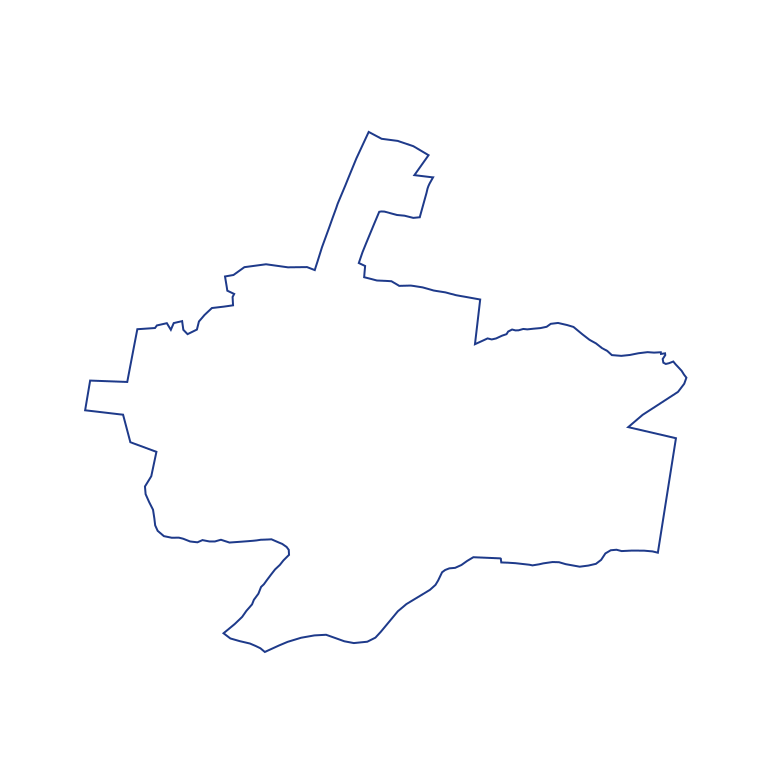 the district of Metapa, Chiapas, Mexico, rotated 80°
{"feature_id": "50627088B53896362948042", "entity_name": "Metapa", "entity_type": "district", "adm_level": 2, "iso_a3": "MEX", "parent_name": "Mexico", "parent_adm1": "Chiapas", "projection": "robinson", "projection_center": [-92.205, 14.822], "detail": "fine", "context": "isolated", "style": "outline", "palette": "blue", "viewbox_px": 768, "rotation_deg": 80, "n_neighbors": 0, "source": "geoboundaries", "source_scale": "gbopen_adm2", "svg_char_len": 3481}
<svg xmlns="http://www.w3.org/2000/svg" viewBox="0 0 768 768"><g transform="rotate(80 384 384)"><path d="M250.5,521.9L260.3,522.0L264.9,522.1L269.3,515.9L272.0,518.0L280.3,519.0L280.0,528.2L279.3,540.3L284.8,548.7L290.3,555.4L297.9,558.8L300.8,568.8L295.8,572.2L287.0,571.9L287.5,580.5L293.6,584.5L286.4,587.3L286.9,597.5L289.1,599.8L287.6,613.9L287.2,617.4L305.0,624.2L337.4,636.5L329.6,672.8L358.0,682.9L360.4,674.8L367.9,649.8L368.9,646.3L397.3,643.9L411.3,619.9L434.4,629.2L440.4,634.5L443.4,637.2L451.1,637.9L459.5,635.8L467.7,633.3L476.4,633.5L483.5,633.9L489.3,632.4L495.6,627.2L498.6,619.6L499.3,615.1L499.7,612.7L501.2,609.3L501.6,608.5L505.4,602.3L506.1,600.0L507.5,595.2L506.2,589.8L506.4,589.4L508.2,584.7L508.8,583.1L509.2,580.8L509.7,577.8L509.2,573.1L509.1,571.6L513.3,563.7L514.5,552.1L515.2,545.0L515.7,539.6L515.9,536.7L516.0,532.4L516.4,529.6L517.1,524.4L517.4,521.8L518.4,520.3L522.1,514.7L523.8,512.0L527.7,508.1L528.2,507.9L530.8,506.6L535.8,507.2L536.3,508.0L540.2,513.6L544.1,518.0L547.7,523.5L552.4,528.7L556.8,533.4L560.4,537.1L562.5,540.3L568.7,544.1L573.9,549.6L578.1,552.2L583.5,558.9L588.7,564.1L593.4,571.1L594.4,572.6L601.6,585.3L607.9,579.5L612.1,570.9L616.3,561.1L619.7,555.9L622.8,551.6L627.2,547.9L623.3,532.9L621.2,523.7L619.5,509.7L619.5,496.2L620.9,484.6L626.1,475.4L630.5,467.7L633.9,458.7L634.9,445.2L632.3,436.5L627.5,430.2L610.2,409.8L604.6,400.1L594.7,374.5L590.8,368.2L586.9,364.8L579.5,359.5L577.8,356.1L576.9,351.7L577.4,345.9L575.7,339.2L572.7,332.9L570.1,326.1L575.9,299.8L576.3,299.3L580.1,299.5L581.5,293.0L583.3,285.6L587.3,272.0L588.4,269.3L588.5,262.5L588.3,258.3L588.5,251.8L588.6,248.9L589.9,242.6L593.0,236.3L597.9,223.0L598.3,214.3L597.9,206.5L594.9,200.7L589.3,195.4L587.1,189.6L587.6,183.8L589.8,179.0L591.1,168.8L593.3,156.8L595.5,148.6L597.7,143.6L488.1,105.9L468.9,151.0L459.3,134.7L442.8,95.8L435.9,88.3L430.3,85.1L426.9,86.9L422.7,88.6L415.3,93.4L412.1,95.2L413.0,99.7L413.2,103.0L411.5,105.2L407.8,105.2L404.4,102.0L402.6,101.9L402.5,106.0L400.8,105.9L400.0,112.6L398.4,118.9L397.9,128.1L398.1,136.9L397.5,145.4L395.1,154.6L390.2,158.4L386.6,163.0L380.8,168.2L377.6,172.2L376.1,174.0L369.5,180.0L362.1,186.3L360.7,187.5L357.7,193.5L357.2,194.7L354.1,202.0L353.7,209.3L355.9,213.9L356.1,220.2L355.5,227.2L355.1,233.3L354.0,237.2L354.0,237.6L354.5,242.4L354.0,245.3L352.6,248.4L353.9,252.6L356.2,254.7L356.9,259.3L358.6,265.7L358.8,269.6L358.8,270.2L357.1,274.1L358.1,277.8L360.6,287.5L317.5,274.6L311.9,289.8L310.8,292.9L310.2,294.5L309.2,297.2L308.8,298.2L307.8,300.2L306.7,302.8L305.5,305.3L304.4,307.7L301.5,316.2L300.5,319.0L299.5,321.0L298.1,323.9L295.6,329.1L295.0,330.8L293.6,334.9L292.6,337.8L291.7,340.6L291.3,343.3L290.0,352.0L288.9,353.2L287.0,355.4L285.6,357.1L284.1,358.8L283.0,363.3L281.0,372.3L280.8,373.1L278.3,378.5L275.4,385.0L270.4,383.7L264.5,382.1L260.5,387.8L250.5,382.3L242.2,377.1L224.3,365.7L213.6,358.8L213.6,356.7L214.3,353.6L219.8,341.9L221.8,334.6L225.5,326.3L226.0,319.8L225.5,319.6L219.4,316.7L203.3,309.0L199.1,307.2L196.8,305.9L194.5,304.3L189.0,299.8L188.7,301.0L183.6,317.8L166.4,300.4L160.3,307.5L154.9,313.8L147.8,326.8L147.0,328.2L142.1,343.8L141.6,344.4L133.1,355.3L153.0,369.2L157.0,372.0L175.5,383.7L181.6,387.5L197.9,398.0L198.9,398.6L202.4,400.5L211.9,406.0L220.2,410.7L238.5,421.3L252.0,428.3L256.7,430.8L259.8,432.4L255.5,439.5L252.4,458.4L245.6,479.4L245.0,493.9L244.7,501.2L250.5,513.3L250.5,517.6L250.5,521.9Z" fill="none" stroke="#1e3a8a" stroke-width="2"/></g></svg>